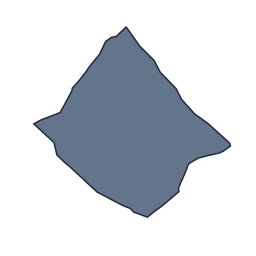 outline of Manlai, Ömnögovi, Mongolia, rotated 236°
{"feature_id": "93677404B4911354311054", "entity_name": "Manlai", "entity_type": "district", "adm_level": 2, "iso_a3": "MNG", "parent_name": "Mongolia", "parent_adm1": "Ömnögovi", "projection": "equal_earth", "projection_center": [107.044, 43.953], "detail": "fine", "context": "isolated", "style": "filled", "palette": "slate", "viewbox_px": 256, "rotation_deg": 236, "n_neighbors": 0, "source": "geoboundaries", "source_scale": "gbopen_adm2", "svg_char_len": 764}
<svg xmlns="http://www.w3.org/2000/svg" viewBox="0 0 256 256"><g transform="rotate(236 128 128)"><path d="M58.7,203.8L87.4,196.7L102.0,191.2L121.8,188.4L133.6,189.9L156.1,185.9L169.4,187.4L189.5,183.5L212.4,183.0L212.8,182.9L210.5,169.5L212.4,165.0L212.2,157.8L205.0,145.5L200.7,131.0L198.4,125.4L194.7,114.1L192.2,104.1L190.3,102.5L183.2,89.1L178.8,80.3L180.1,74.5L183.3,60.7L184.1,52.2L157.3,58.5L145.4,54.0L135.4,56.1L127.6,58.3L92.1,66.6L78.9,73.7L72.9,76.9L66.0,80.7L60.2,84.8L55.0,85.7L43.2,94.3L44.0,102.8L44.3,112.3L46.8,134.6L50.1,136.4L60.0,152.0L63.9,157.3L64.2,158.4L64.3,161.2L63.8,169.3L60.8,177.8L59.5,181.2L56.1,190.0L55.5,194.3L55.8,202.9L56.7,203.2L56.9,203.2L58.1,203.6L58.7,203.8Z" fill="#64748b" stroke="#1e293b" stroke-width="1.5"/></g></svg>